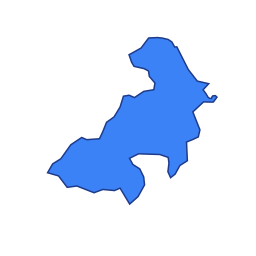 Uzgen, Osh, Kyrgyzstan (orthographic projection), rotated 148°
{"feature_id": "92254566B62299131303841", "entity_name": "Uzgen", "entity_type": "district", "adm_level": 2, "iso_a3": "KGZ", "parent_name": "Kyrgyzstan", "parent_adm1": "Osh", "projection": "orthographic", "projection_center": [73.5, 40.749], "detail": "fine", "context": "isolated", "style": "filled", "palette": "blue", "viewbox_px": 256, "rotation_deg": 148, "n_neighbors": 0, "source": "geoboundaries", "source_scale": "gbopen_adm2", "svg_char_len": 1076}
<svg xmlns="http://www.w3.org/2000/svg" viewBox="0 0 256 256"><g transform="rotate(148 128 128)"><path d="M88.3,189.6L90.1,181.8L90.2,177.1L82.9,169.8L80.4,165.5L82.6,160.4L81.3,151.9L85.8,146.8L95.2,150.7L106.4,150.4L109.7,155.2L115.0,157.4L123.6,150.0L133.9,144.8L143.2,144.2L151.4,138.2L157.9,134.0L169.2,140.0L172.3,144.5L185.4,144.1L201.2,137.5L210.9,137.5L219.9,132.7L212.3,124.2L211.0,109.9L202.1,105.9L191.1,91.1L181.9,89.2L172.6,82.1L166.6,81.2L166.9,62.6L155.8,64.5L144.1,71.0L140.6,78.2L139.7,87.1L143.2,94.5L142.8,101.5L132.7,100.5L115.1,88.7L109.5,81.8L111.9,76.5L117.3,69.8L118.2,63.3L112.5,63.9L103.9,68.7L95.0,68.8L85.8,85.1L79.1,83.9L73.1,83.2L68.0,88.3L64.5,107.3L50.1,110.1L43.1,105.5L41.8,104.8L36.2,107.0L36.4,107.9L36.8,109.2L39.0,110.3L40.3,109.9L41.3,109.0L41.9,108.9L42.2,109.2L43.4,110.4L43.8,111.6L43.7,116.2L44.1,120.5L43.4,120.8L36.1,122.8L44.4,131.1L45.9,145.6L43.6,170.9L45.5,172.0L45.2,177.8L47.1,181.9L51.4,186.2L55.1,189.1L62.8,193.4L74.5,188.9L81.3,189.2L86.7,189.5L88.3,189.6Z" fill="#3b82f6" stroke="#1e3a8a" stroke-width="1.5"/></g></svg>